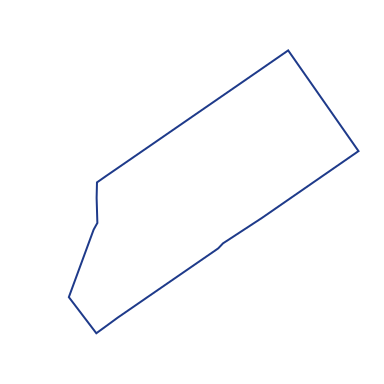 the district of Abour, Al Qalyubiyah, Egypt, rotated 56°
{"feature_id": "37247803B53826434992934", "entity_name": "Abour", "entity_type": "district", "adm_level": 2, "iso_a3": "EGY", "parent_name": "Egypt", "parent_adm1": "Al Qalyubiyah", "projection": "equal_earth", "projection_center": [31.446, 30.221], "detail": "fine", "context": "isolated", "style": "outline", "palette": "blue", "viewbox_px": 384, "rotation_deg": 56, "n_neighbors": 0, "source": "geoboundaries", "source_scale": "gbopen_adm2", "svg_char_len": 390}
<svg xmlns="http://www.w3.org/2000/svg" viewBox="0 0 384 384"><g transform="rotate(56 192 192)"><path d="M255.6,350.3L254.6,323.6L253.4,201.8L251.9,195.0L252.6,148.6L251.2,31.1L128.4,33.1L128.9,76.3L130.4,221.1L130.7,254.0L130.9,265.4L143.6,274.4L164.8,287.8L165.0,288.3L165.1,288.5L165.5,289.3L168.2,294.6L210.3,352.9L255.6,350.3Z" fill="none" stroke="#1e3a8a" stroke-width="2"/></g></svg>